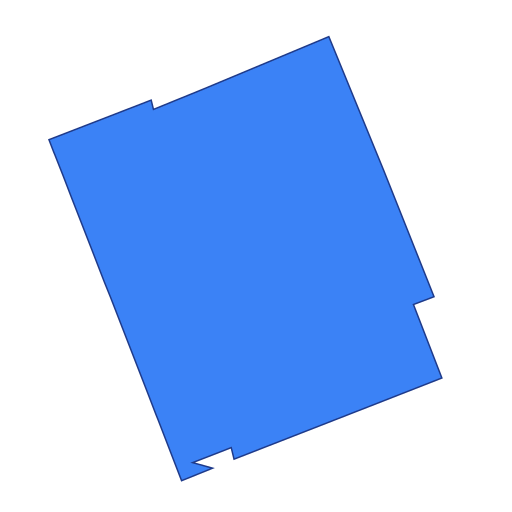 Edgar, Illinois, United States of America (Albers equal-area conic projection), rotated 159°
{"feature_id": "52423323B29187483714259", "entity_name": "Edgar", "entity_type": "district", "adm_level": 2, "iso_a3": "USA", "parent_name": "United States of America", "parent_adm1": "Illinois", "projection": "albers", "projection_center": [-87.648, 39.68], "detail": "fine", "context": "isolated", "style": "filled", "palette": "blue", "viewbox_px": 512, "rotation_deg": 159, "n_neighbors": 0, "source": "geoboundaries", "source_scale": "gbopen_adm2", "svg_char_len": 524}
<svg xmlns="http://www.w3.org/2000/svg" viewBox="0 0 512 512"><g transform="rotate(159 256 256)"><path d="M407.0,321.4L406.9,286.4L406.6,269.5L406.2,164.2L406.2,151.1L406.2,144.2L406.1,137.8L406.0,72.9L372.6,73.5L389.2,85.8L347.8,86.0L349.3,74.2L218.9,74.9L126.2,75.5L126.4,154.3L104.4,154.2L105.6,250.2L106.1,289.5L109.4,434.7L245.4,430.7L299.2,429.6L298.0,439.1L407.6,438.8L407.6,425.6L407.5,422.2L407.3,399.8L407.3,393.8L407.3,376.8L407.2,360.4L407.0,321.4Z" fill="#3b82f6" stroke="#1e3a8a" stroke-width="1.5"/></g></svg>